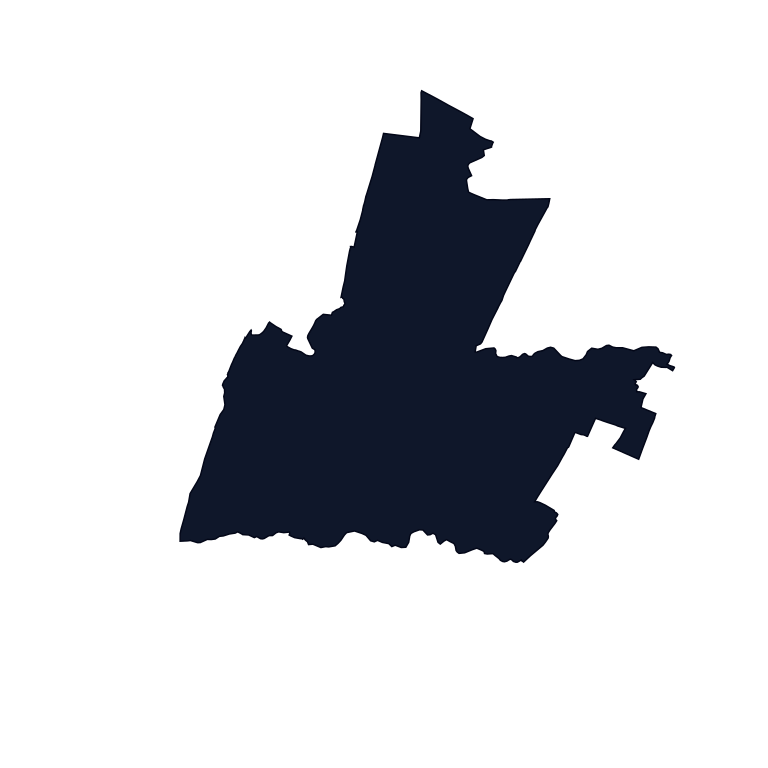 Bucsani, Dâmbovita, Romania (Natural Earth projection), rotated 147°
{"feature_id": "2599482B69669655594172", "entity_name": "Bucsani", "entity_type": "district", "adm_level": 2, "iso_a3": "ROU", "parent_name": "Romania", "parent_adm1": "Dâmbovita", "projection": "natural_earth1", "projection_center": [25.633, 44.864], "detail": "fine", "context": "isolated", "style": "filled", "palette": "ink", "viewbox_px": 768, "rotation_deg": 147, "n_neighbors": 0, "source": "geoboundaries", "source_scale": "gbopen_adm2", "svg_char_len": 6159}
<svg xmlns="http://www.w3.org/2000/svg" viewBox="0 0 768 768"><g transform="rotate(147 384 384)"><path d="M192.7,609.4L194.2,608.2L194.7,607.4L198.1,602.0L214.7,577.1L215.5,576.0L220.3,571.2L247.9,594.4L250.9,591.5L272.1,572.6L272.2,572.4L280.8,564.6L295.3,552.5L297.0,551.2L300.9,547.3L303.2,545.3L303.7,545.0L306.8,541.9L307.3,541.2L314.4,534.7L323.5,527.5L324.3,527.2L324.7,526.8L323.6,526.0L334.5,515.1L336.3,517.0L337.2,517.5L337.5,516.6L338.3,516.2L340.4,514.3L350.9,503.3L356.5,496.9L360.8,491.9L365.3,487.7L372.8,480.1L372.1,479.9L371.7,479.3L372.0,478.5L371.4,477.0L372.4,474.9L372.9,472.8L373.7,472.2L374.6,472.0L375.5,471.4L376.0,470.9L378.4,471.7L379.8,471.4L380.9,471.5L383.3,472.1L387.0,472.0L388.2,472.2L390.6,470.3L397.0,475.5L405.4,474.8L407.1,474.1L408.6,473.0L411.4,471.3L414.1,469.9L419.2,467.4L420.8,466.5L421.7,465.9L422.8,464.7L423.2,463.6L424.6,453.1L423.4,450.7L423.4,450.2L423.7,449.4L424.4,448.2L425.4,447.4L426.3,447.0L427.8,446.7L428.9,446.8L430.1,447.4L431.6,448.4L433.8,450.7L436.0,456.0L437.1,457.5L437.7,458.1L439.6,460.6L440.8,461.6L442.8,464.3L444.2,466.9L444.8,468.2L444.8,468.7L444.6,469.3L438.8,472.2L435.2,474.3L440.8,483.0L441.1,484.2L440.7,484.9L440.6,485.9L441.9,488.4L443.2,490.7L446.2,497.8L446.2,498.2L447.0,498.1L447.7,497.9L452.2,495.3L456.4,493.6L458.9,493.2L460.7,493.1L461.6,493.1L462.6,493.5L466.8,496.1L467.9,496.8L468.2,497.3L468.3,497.6L467.8,499.2L466.2,500.9L466.1,501.6L467.9,501.1L475.2,497.8L475.3,498.6L475.9,498.1L477.1,497.4L477.8,496.8L479.4,495.9L480.4,495.2L484.0,493.7L488.1,491.4L490.1,490.2L492.6,488.9L494.4,487.7L495.5,487.2L498.8,484.9L501.4,483.3L506.8,479.4L508.1,478.6L508.8,478.3L508.6,477.9L509.7,477.4L510.2,477.1L510.1,476.3L510.2,476.0L510.6,475.9L510.9,475.6L511.1,474.8L511.5,474.6L512.4,474.8L513.6,474.4L516.3,473.7L519.3,471.7L520.2,470.8L520.2,469.8L520.5,468.7L520.6,466.5L522.5,463.3L525.1,460.9L528.7,453.2L532.3,449.8L538.0,447.6L549.2,440.0L549.9,438.5L553.7,435.8L556.7,433.1L575.1,418.9L587.8,407.2L593.7,403.9L606.3,397.7L612.2,391.3L615.8,388.4L626.1,379.0L633.1,372.9L636.4,369.6L640.6,363.2L634.1,359.4L631.6,358.2L626.8,352.5L624.5,351.1L616.8,349.9L613.7,347.7L609.9,345.9L605.0,345.9L601.5,344.1L595.3,342.4L590.0,340.0L587.2,339.7L585.1,336.0L584.5,334.6L579.7,331.1L576.4,325.8L573.8,325.4L571.8,321.5L570.3,320.3L568.6,319.7L563.1,319.5L560.0,317.6L555.6,318.0L552.9,317.4L549.0,313.9L543.9,311.3L544.6,309.8L545.8,309.0L544.8,307.2L542.6,303.8L538.3,299.8L537.3,299.2L536.8,298.1L535.1,298.4L534.9,295.8L534.1,293.4L534.7,290.4L530.9,288.4L526.0,281.2L521.5,279.4L519.1,277.5L513.1,274.9L509.4,275.4L505.3,276.4L499.5,278.9L496.3,279.7L488.8,276.8L483.9,270.7L481.5,266.9L480.6,259.8L478.1,256.9L474.6,256.4L471.6,252.0L466.9,247.5L466.0,243.4L462.4,242.7L458.6,237.5L454.6,235.2L449.5,237.8L445.1,242.6L442.8,244.0L439.5,243.8L433.6,242.4L430.9,240.4L429.7,233.7L427.4,232.5L424.2,232.2L422.8,229.5L424.9,221.8L424.0,219.1L419.2,219.6L416.3,219.4L414.4,215.8L412.2,212.1L412.5,209.1L414.2,205.1L414.1,203.2L413.3,201.1L408.3,198.5L400.4,197.0L395.6,195.8L392.8,191.7L391.3,189.1L392.0,187.1L390.0,185.2L386.6,183.3L384.9,182.2L384.3,179.9L382.6,174.9L382.4,172.8L381.2,170.6L379.8,169.3L377.3,168.5L375.1,168.5L373.4,168.2L372.7,167.3L372.1,164.7L370.4,162.6L369.1,161.9L364.7,161.6L364.7,160.2L364.0,159.1L363.9,158.6L354.9,160.2L338.5,162.2L334.7,163.5L330.4,165.3L329.5,166.2L329.0,167.0L328.3,169.0L326.7,170.1L324.0,171.3L316.5,174.0L313.6,175.3L313.8,176.9L313.1,178.3L310.7,179.0L309.3,180.0L309.6,182.0L310.7,184.0L310.2,185.3L314.7,194.5L317.7,199.4L319.3,201.5L321.8,203.2L316.3,205.9L310.0,208.8L291.7,217.1L282.7,221.0L274.3,225.5L271.1,227.1L264.9,230.6L263.9,230.5L263.3,230.7L252.2,238.1L251.0,238.9L250.3,239.2L249.8,239.0L249.4,238.5L246.3,234.3L244.4,232.8L243.2,231.2L242.4,229.7L241.8,229.3L241.5,229.5L225.3,240.0L222.1,236.1L220.5,233.9L217.1,229.6L213.0,224.6L211.6,222.8L211.1,221.8L205.7,215.3L209.2,213.5L215.2,210.1L219.1,208.7L221.7,207.7L223.7,207.2L226.9,205.9L211.4,182.2L202.0,189.3L193.1,195.8L187.0,200.5L183.3,203.0L179.6,205.2L175.5,208.1L175.3,208.3L175.3,208.6L172.2,211.1L181.3,224.3L175.0,230.4L169.6,233.2L173.9,238.2L176.3,239.9L174.7,242.3L173.7,242.4L172.7,242.9L172.2,243.6L172.3,244.8L172.5,245.7L173.3,245.6L173.6,246.2L173.5,246.9L173.0,247.6L172.1,248.1L171.2,248.5L171.9,251.4L166.5,248.4L164.4,248.8L161.5,248.9L146.9,255.7L146.4,252.7L145.6,251.3L144.7,249.9L142.4,247.1L138.4,244.3L137.8,244.1L137.4,243.6L134.7,238.0L131.5,239.6L131.4,240.1L132.3,241.4L134.3,243.8L135.9,246.6L135.1,246.7L132.6,247.8L129.7,250.2L127.6,251.2L127.4,251.2L127.5,252.6L128.9,253.9L131.1,255.0L133.3,258.4L135.6,260.5L135.0,264.4L135.8,266.8L141.8,271.0L147.8,274.3L156.4,275.8L164.1,284.4L169.6,288.0L172.1,290.4L174.2,294.0L176.5,295.1L181.8,295.3L185.7,296.6L190.3,300.9L195.6,300.4L198.5,298.4L203.4,296.7L207.2,297.4L211.0,299.5L215.0,304.0L219.8,310.0L220.3,311.6L222.1,321.6L224.3,324.1L227.5,325.2L232.6,325.5L237.3,327.3L240.6,327.6L242.5,327.3L244.4,326.4L246.0,327.2L247.8,328.6L248.8,332.1L249.6,333.0L251.7,333.4L254.0,332.9L256.0,332.7L257.4,333.2L258.4,333.8L258.3,334.5L261.6,338.4L264.0,339.4L267.7,340.3L270.0,341.6L272.3,343.2L274.2,345.4L273.8,348.8L272.0,351.0L271.7,352.7L272.1,354.3L279.5,358.2L289.1,360.3L290.1,361.2L285.9,365.9L281.2,365.1L279.0,365.8L267.3,373.3L258.1,379.4L246.9,385.8L247.1,386.1L245.7,386.6L242.2,388.6L239.7,389.8L235.5,393.2L232.3,395.2L215.8,405.3L213.9,406.4L212.5,406.8L202.5,412.9L202.4,412.7L197.5,415.7L186.9,422.1L183.5,424.3L173.9,430.2L173.3,430.9L168.1,433.9L153.1,441.9L151.9,442.6L150.0,443.3L147.5,445.6L144.1,449.1L177.3,469.7L179.4,470.8L180.5,471.1L184.6,473.8L191.7,478.9L197.0,482.2L197.7,482.8L205.1,493.4L207.3,496.7L208.6,498.9L207.3,502.4L204.1,509.5L203.5,510.4L202.7,510.9L200.8,511.4L197.1,511.0L195.9,518.7L195.5,520.1L194.9,521.4L193.4,522.3L191.8,522.8L178.4,520.7L175.5,521.0L173.1,526.3L164.8,524.1L164.3,524.8L163.1,525.7L161.8,526.7L160.7,527.3L161.6,529.3L162.8,530.4L165.6,534.0L168.6,539.3L172.8,550.9L172.8,551.4L164.8,558.0L169.8,567.6L178.4,583.2L184.0,593.8L192.7,609.4Z" fill="#0f172a" stroke="#020617" stroke-width="1.5"/></g></svg>